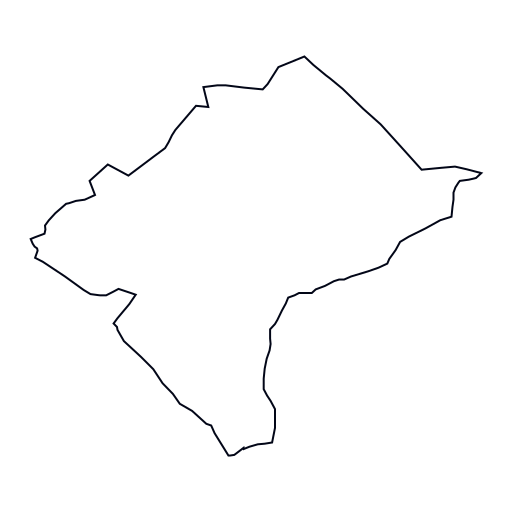 outline of Al-Muqdadiya, Diyala, Iraq
{"feature_id": "34846034B81294640274407", "entity_name": "Al-Muqdadiya", "entity_type": "district", "adm_level": 2, "iso_a3": "IRQ", "parent_name": "Iraq", "parent_adm1": "Diyala", "projection": "robinson", "projection_center": [44.954, 33.88], "detail": "fine", "context": "isolated", "style": "outline", "palette": "ink", "viewbox_px": 512, "rotation_deg": 0, "n_neighbors": 0, "source": "geoboundaries", "source_scale": "gbopen_adm2", "svg_char_len": 1710}
<svg xmlns="http://www.w3.org/2000/svg" viewBox="0 0 512 512"><path d="M35.1,257.8L43.0,261.9L65.0,276.5L83.7,290.0L90.5,294.1L98.0,295.1L99.8,295.3L106.2,295.3L113.1,291.8L118.5,288.9L130.8,293.0L135.7,294.7L129.3,304.1L117.5,318.2L113.6,323.5L117.0,327.0L117.2,328.2L117.5,329.9L123.9,341.1L141.0,356.9L153.3,369.2L162.6,383.3L172.9,393.9L179.8,403.8L192.1,410.9L206.3,423.8L211.2,425.5L214.6,433.2L224.4,449.0L228.4,455.5L230.3,455.5L234.3,454.9L239.7,450.8L243.6,447.8L243.8,449.0L249.5,446.7L257.8,444.3L264.7,443.7L272.1,442.5L275.0,427.9L275.0,415.6L275.0,409.1L270.6,400.9L267.1,395.6L263.7,389.2L263.7,384.5L263.7,378.6L264.7,368.6L266.7,358.7L269.6,350.4L270.6,344.0L270.1,338.7L270.1,333.4L270.1,329.3L275.0,324.0L277.4,319.9L281.9,310.6L285.8,303.5L288.2,297.6L294.6,295.3L299.0,293.0L311.8,293.0L315.7,289.4L325.0,285.9L333.9,281.2L339.2,279.5L344.2,279.5L351.0,276.5L368.2,271.3L378.5,267.7L387.3,263.6L389.3,258.9L395.6,250.1L400.1,241.9L408.9,236.6L425.5,228.4L440.3,220.2L451.5,216.7L452.5,206.7L453.5,199.7L453.5,192.6L455.4,187.4L458.4,182.7L459.8,180.9L468.7,179.7L473.6,178.6L476.0,178.0L481.3,173.1L466.8,169.3L455.0,166.6L440.3,167.9L421.6,169.7L401.0,146.8L380.7,124.4L363.2,108.8L342.6,88.8L329.9,78.3L325.9,75.3L313.2,64.8L304.4,56.5L278.4,67.1L267.6,84.1L262.7,89.4L244.1,87.6L225.4,85.3L217.6,85.3L203.4,87.1L208.3,107.0L196.0,105.8L175.4,129.9L172.0,135.2L168.6,142.2L165.1,148.1L153.0,157.1L141.6,165.7L128.4,175.6L107.8,164.5L89.6,180.9L95.0,195.0L84.7,199.7L75.9,200.9L69.0,203.2L66.1,203.8L55.3,213.2L48.9,220.2L45.0,225.5L45.4,229.6L44.5,233.7L35.1,237.2L30.7,239.0L32.7,243.7L34.6,246.6L37.1,248.4L37.6,250.7L35.1,257.8Z" fill="none" stroke="#020617" stroke-width="2"/></svg>